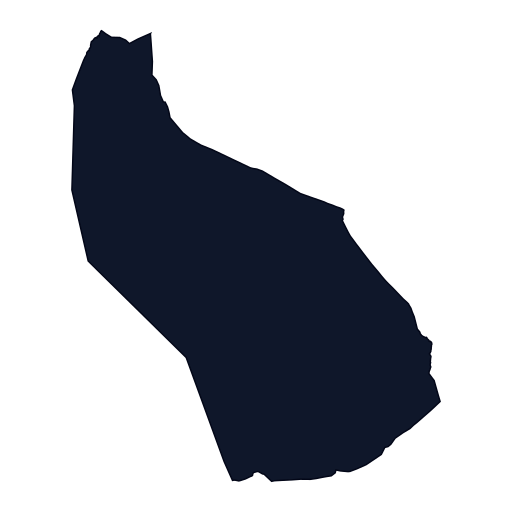 the district of San Juan Ñumí, Oaxaca, Mexico
{"feature_id": "50627088B11336347088120", "entity_name": "San Juan Ñumí", "entity_type": "district", "adm_level": 2, "iso_a3": "MEX", "parent_name": "Mexico", "parent_adm1": "Oaxaca", "projection": "equal_earth", "projection_center": [-97.725, 17.437], "detail": "fine", "context": "isolated", "style": "filled", "palette": "ink", "viewbox_px": 512, "rotation_deg": 0, "n_neighbors": 0, "source": "geoboundaries", "source_scale": "gbopen_adm2", "svg_char_len": 2632}
<svg xmlns="http://www.w3.org/2000/svg" viewBox="0 0 512 512"><path d="M343.9,210.1L342.6,209.2L340.3,208.1L338.2,207.4L336.3,206.8L332.5,205.2L327.5,203.5L324.3,202.0L309.4,196.8L300.2,193.5L286.1,184.9L274.2,178.1L262.4,171.1L256.9,169.1L252.9,168.5L250.2,167.8L231.9,159.1L212.4,149.8L200.8,145.1L195.4,142.0L190.1,138.9L184.5,134.2L182.7,132.8L173.6,122.0L170.0,117.7L168.9,111.9L167.5,106.9L165.1,102.1L163.4,102.1L160.5,95.5L158.8,85.6L156.2,79.8L151.9,75.1L152.4,61.6L150.8,39.0L150.4,33.7L150.5,33.5L138.0,39.0L129.4,43.6L125.6,40.1L119.7,37.5L111.4,37.3L105.6,33.7L103.5,32.1L101.5,30.7L100.8,31.3L100.3,32.8L99.7,33.5L99.1,36.5L98.3,35.7L97.0,37.0L97.1,38.1L96.9,38.2L96.2,37.5L95.0,37.9L93.7,39.3L93.4,40.0L91.3,41.8L90.6,45.3L90.7,46.9L89.2,49.1L89.3,50.6L88.4,50.6L86.9,52.4L86.6,54.6L84.7,57.9L84.3,58.9L83.6,60.3L76.3,79.2L72.4,89.9L74.4,105.7L71.9,190.0L88.2,261.0L97.5,270.2L166.6,338.2L186.2,357.5L224.1,461.5L232.5,480.4L234.0,480.1L235.4,480.2L238.8,480.9L240.1,480.6L245.4,478.9L247.5,477.9L249.5,476.9L250.6,476.4L251.8,476.0L252.5,475.4L252.8,473.8L253.4,472.6L256.8,471.6L257.7,471.5L258.7,471.7L262.5,473.9L264.1,474.2L271.6,481.3L274.5,480.7L281.9,480.3L292.2,479.8L300.2,479.2L310.4,479.3L316.2,478.5L322.7,477.2L326.7,476.5L331.3,475.8L335.2,472.8L335.9,470.0L338.1,470.4L340.4,470.9L348.1,471.6L350.0,471.4L351.8,470.7L356.8,468.8L366.2,464.6L381.3,454.4L384.8,447.4L388.0,446.6L390.8,444.3L395.1,438.2L402.8,432.8L410.1,428.4L413.3,425.3L416.8,422.5L431.2,409.9L440.1,401.5L438.4,395.8L435.5,385.5L434.1,380.5L431.8,377.5L428.8,373.4L429.1,372.0L429.2,371.2L429.9,369.7L430.5,367.5L430.8,367.0L430.5,366.1L430.2,365.4L430.2,364.5L430.1,364.2L430.6,362.7L430.3,361.9L430.6,358.4L430.7,357.9L430.9,356.9L430.9,356.2L429.4,353.9L430.0,353.1L430.8,351.4L430.9,350.1L431.2,349.0L431.2,347.8L431.4,346.3L431.4,345.2L431.8,344.5L431.8,343.8L431.7,343.0L431.3,342.1L430.9,341.9L430.7,341.7L430.4,341.8L429.8,341.4L429.8,341.1L429.4,341.1L429.1,341.1L428.7,340.1L427.6,339.1L427.4,339.0L426.7,337.6L426.3,337.3L425.6,337.6L425.4,337.5L423.9,336.8L423.0,336.4L422.4,336.0L422.0,335.7L421.7,335.6L421.4,335.2L420.9,334.4L420.5,334.3L420.1,333.3L420.1,332.9L420.0,332.7L419.8,332.5L419.7,331.9L417.3,329.1L417.2,328.7L414.2,316.8L412.1,311.7L410.9,308.2L409.0,305.1L408.6,304.1L407.2,302.6L403.0,298.8L392.7,288.0L388.3,283.7L386.0,281.3L384.4,279.5L381.5,276.1L378.4,272.2L371.6,264.2L362.5,252.4L358.6,247.2L356.1,244.0L354.3,241.5L350.5,236.4L349.9,235.5L348.0,232.0L345.1,226.3L342.3,220.6L343.0,219.2L342.4,217.0L343.7,213.7L343.6,211.5L343.9,210.1Z" fill="#0f172a" stroke="#020617" stroke-width="1.5"/></svg>